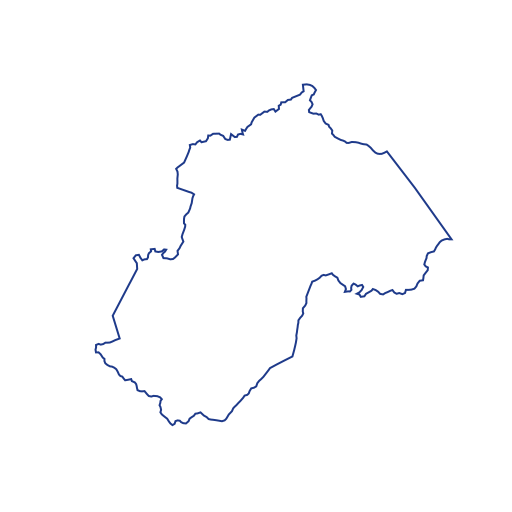 Epitaciolândia, Acre, Brazil, rotated 246°
{"feature_id": "56859067B4079075942971", "entity_name": "Epitaciolândia", "entity_type": "district", "adm_level": 2, "iso_a3": "BRA", "parent_name": "Brazil", "parent_adm1": "Acre", "projection": "robinson", "projection_center": [-68.621, -10.879], "detail": "fine", "context": "isolated", "style": "outline", "palette": "blue", "viewbox_px": 512, "rotation_deg": 246, "n_neighbors": 0, "source": "geoboundaries", "source_scale": "gbopen_adm2", "svg_char_len": 4901}
<svg xmlns="http://www.w3.org/2000/svg" viewBox="0 0 512 512"><g transform="rotate(246 256 256)"><path d="M170.9,354.0L169.2,356.5L169.6,359.0L169.5,361.5L169.6,364.6L169.4,366.8L166.4,367.5L164.3,369.1L163.9,371.8L161.6,374.2L161.6,377.1L164.1,379.2L163.0,381.6L162.1,384.2L161.7,387.4L163.0,390.1L165.2,392.4L166.8,395.5L165.9,398.7L167.7,399.9L170.1,401.3L171.8,404.4L173.2,407.1L175.6,408.4L177.5,406.8L179.8,406.3L181.8,407.9L183.2,409.3L184.7,410.9L186.5,411.9L188.5,414.2L188.3,417.6L187.8,420.4L189.2,422.4L190.5,423.8L191.7,425.6L192.6,427.3L193.9,429.5L194.6,431.9L194.5,435.0L193.9,437.7L192.7,439.2L191.7,441.4L253.8,428.8L298.3,418.1L298.1,415.1L298.2,412.4L299.0,410.4L300.1,408.6L301.9,407.1L304.9,405.8L308.3,404.8L311.0,403.5L312.8,402.4L314.6,399.4L316.1,397.5L317.8,395.7L319.4,393.4L321.2,389.9L321.6,386.6L322.5,384.8L324.4,383.9L326.0,382.5L327.5,380.7L329.9,378.7L332.9,376.4L335.1,375.9L336.9,375.2L339.6,376.7L342.2,376.2L344.3,375.4L346.3,375.6L348.7,373.5L351.8,372.8L354.7,373.1L357.2,373.1L359.2,372.8L359.6,370.8L361.6,369.1L362.7,366.3L364.4,364.5L365.8,363.1L367.9,363.7L368.9,365.6L369.8,367.5L371.6,369.4L374.1,369.4L376.3,368.6L378.4,370.6L380.1,372.3L380.1,374.5L381.4,375.9L383.2,378.3L385.8,377.7L388.4,376.6L390.4,374.8L392.2,372.1L393.4,368.5L387.1,366.5L386.8,364.3L385.5,361.8L385.8,353.3L384.7,351.5L385.6,348.6L384.6,345.2L386.1,341.6L384.2,340.1L384.0,337.9L381.0,336.8L380.0,332.5L383.0,332.0L383.7,329.6L383.7,327.0L383.1,325.0L384.5,322.4L383.3,317.3L384.2,315.6L383.1,310.8L379.9,306.4L378.3,305.1L377.4,300.7L376.2,298.8L374.8,296.9L377.2,294.5L374.1,293.8L372.3,293.6L373.9,291.5L374.3,289.0L372.6,287.0L373.3,285.0L377.5,282.8L372.9,279.4L373.6,277.3L375.4,275.5L379.1,274.9L381.2,272.9L382.8,272.1L385.1,266.5L384.5,263.2L385.5,261.4L383.1,259.9L381.2,257.0L382.1,252.5L384.3,251.8L383.9,248.5L382.6,246.0L383.9,243.8L384.3,240.7L381.8,240.0L379.9,238.1L378.4,236.8L374.9,233.1L370.6,228.3L368.8,220.4L368.1,218.5L365.0,218.6L362.3,217.7L358.8,215.7L356.0,214.5L354.0,213.6L352.4,212.5L350.3,211.8L341.8,220.8L340.1,222.8L337.5,224.5L336.2,222.9L334.7,221.5L332.4,220.0L330.5,218.8L327.8,216.3L326.3,215.2L324.9,213.7L323.2,211.8L322.4,209.2L321.2,206.7L319.3,205.4L317.0,204.3L315.1,203.5L313.3,204.1L311.6,203.2L309.0,200.9L305.9,197.8L303.6,195.9L301.7,195.7L298.7,195.5L296.0,191.4L294.2,189.3L292.6,186.4L289.2,185.4L287.6,181.4L287.0,179.0L287.8,176.4L290.1,173.7L291.7,170.6L295.3,170.6L296.4,172.6L297.0,174.6L298.3,176.5L299.4,174.7L298.5,171.9L299.4,168.4L301.1,165.9L303.7,166.3L304.9,162.6L302.9,162.0L302.1,159.3L300.8,157.9L298.6,156.7L297.5,155.1L298.3,152.7L298.3,150.4L301.4,149.7L304.7,149.5L305.5,146.5L303.8,143.2L300.0,143.8L297.9,144.2L292.5,142.2L283.3,130.6L282.0,128.9L259.7,100.8L236.1,97.9L236.4,93.2L236.3,89.9L236.4,87.3L237.1,85.4L238.1,83.2L237.7,80.6L238.2,78.1L239.7,76.5L239.8,73.7L237.5,72.7L235.7,71.3L233.0,70.6L232.0,73.0L229.4,74.1L225.5,74.7L223.7,75.7L221.6,74.8L219.3,74.7L216.9,75.9L214.6,77.7L213.5,79.5L211.6,81.1L209.4,82.3L206.6,82.6L203.5,82.6L201.5,83.3L200.2,84.8L197.8,85.3L195.7,85.9L195.0,88.6L194.3,91.9L192.2,91.7L189.8,93.9L187.7,94.4L185.8,94.1L183.9,93.6L181.6,93.2L179.7,95.0L178.7,96.8L177.9,99.2L174.3,100.2L171.7,101.1L170.2,103.2L169.9,105.5L168.1,108.8L165.9,110.9L163.5,111.7L162.5,109.9L160.7,108.8L158.9,107.2L156.9,107.3L154.0,106.7L152.1,105.1L149.7,105.5L147.8,106.4L145.5,107.6L143.5,108.7L140.4,109.1L137.8,109.7L135.5,110.9L135.8,113.4L137.9,115.3L137.7,117.5L136.5,119.4L134.7,120.0L132.9,121.5L131.5,123.9L132.5,127.2L134.4,129.2L134.9,131.5L135.3,134.2L136.6,136.5L136.0,138.5L135.7,141.7L133.3,142.7L131.4,143.5L128.9,145.4L126.3,146.4L124.9,148.3L123.7,150.4L122.0,153.1L120.6,155.2L118.9,157.7L118.6,160.5L119.4,162.6L121.0,164.9L122.3,166.7L123.1,168.7L124.0,170.9L126.1,173.2L126.9,175.0L127.7,177.4L128.9,180.1L129.9,182.7L131.7,186.6L133.1,188.8L132.7,191.5L133.4,193.5L135.2,195.2L137.0,197.8L136.5,200.6L136.8,203.2L139.3,205.5L140.7,208.2L141.4,210.5L142.6,213.6L146.7,221.2L147.9,223.2L148.5,231.1L149.0,239.9L149.4,248.4L154.4,252.5L157.8,255.1L160.5,257.1L164.3,259.6L167.0,260.5L169.6,262.3L171.6,263.5L174.1,265.1L176.0,266.2L177.7,267.5L180.0,268.6L181.6,271.3L182.7,273.9L184.3,275.8L186.4,276.2L189.2,277.6L190.7,280.8L192.5,282.9L194.4,283.7L196.6,284.8L198.3,285.4L206.6,293.7L208.1,295.4L209.7,296.9L209.5,299.9L209.7,302.7L210.2,305.2L211.3,307.9L211.2,310.1L209.9,311.8L209.6,315.1L209.4,318.2L207.6,318.6L205.3,319.9L203.1,321.5L200.1,321.3L196.9,322.1L194.0,323.9L192.1,325.1L189.2,324.7L187.1,322.6L186.3,325.5L185.4,327.4L186.3,329.4L188.1,329.9L190.0,331.3L191.1,333.9L189.5,335.3L186.9,336.6L186.9,338.6L186.4,341.1L184.1,341.4L181.9,338.6L180.7,335.6L180.5,332.8L178.6,334.9L176.1,335.1L175.1,338.6L176.7,341.1L177.0,344.5L177.3,347.4L178.3,349.3L176.3,351.4L173.6,353.1L170.9,354.0Z" fill="none" stroke="#1e3a8a" stroke-width="2"/></g></svg>